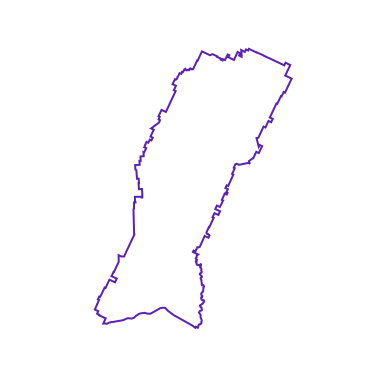 Pingelly, Western Australia, Australia (Albers equal-area conic projection), rotated 295°
{"feature_id": "25037944B83412079426782", "entity_name": "Pingelly", "entity_type": "district", "adm_level": 2, "iso_a3": "AUS", "parent_name": "Australia", "parent_adm1": "Western Australia", "projection": "albers", "projection_center": [117.054, -32.532], "detail": "fine", "context": "isolated", "style": "outline", "palette": "violet", "viewbox_px": 384, "rotation_deg": 295, "n_neighbors": 0, "source": "geoboundaries", "source_scale": "gbopen_adm2", "svg_char_len": 5691}
<svg xmlns="http://www.w3.org/2000/svg" viewBox="0 0 384 384"><g transform="rotate(295 192 192)"><path d="M36.9,170.9L37.3,171.2L38.2,171.8L38.5,172.1L39.4,173.3L40.2,173.9L40.7,175.1L46.7,183.7L47.1,184.1L49.9,186.5L50.3,186.9L50.6,187.4L51.7,190.6L52.1,191.2L53.8,192.8L56.2,193.6L59.5,195.7L62.4,199.9L63.1,203.6L64.1,205.6L64.3,205.9L73.5,212.5L74.2,213.5L75.5,216.0L75.6,216.4L75.6,216.8L74.1,220.6L72.7,227.3L71.2,248.2L70.3,252.4L71.5,252.4L71.4,254.7L71.9,254.7L72.0,254.6L72.6,254.7L72.9,254.5L73.4,254.4L73.8,254.3L74.2,254.2L75.1,254.4L75.3,254.7L75.7,255.5L76.1,255.6L76.6,255.7L76.9,255.9L77.6,255.7L78.0,255.5L78.1,255.4L79.1,255.3L79.5,255.2L80.6,254.4L81.3,253.5L82.0,252.8L82.8,252.3L83.7,252.1L84.2,251.7L84.6,251.3L84.8,250.8L85.1,250.2L85.5,249.8L85.5,249.7L85.8,249.3L85.9,249.2L87.6,249.5L87.8,249.7L88.0,250.0L88.7,250.7L89.3,250.8L89.6,250.7L89.8,250.6L90.4,249.9L90.6,249.8L91.0,249.7L91.3,249.5L91.5,249.0L91.4,248.4L91.7,247.8L92.6,247.2L92.8,247.2L93.2,247.4L93.5,247.8L93.8,247.9L94.1,248.2L94.8,248.4L95.2,248.8L95.6,248.8L95.9,249.0L96.7,249.0L97.2,249.2L98.0,249.2L98.6,248.9L98.8,248.5L98.8,248.0L98.7,247.7L98.5,247.4L98.3,247.1L98.3,246.6L98.4,246.3L98.7,246.0L99.8,245.0L100.1,244.9L100.7,244.9L100.8,245.1L100.7,245.4L100.8,245.5L101.1,245.6L101.6,245.5L102.1,245.4L102.3,245.1L102.6,244.3L102.7,244.0L103.0,243.8L103.4,243.5L103.8,243.3L104.2,243.3L104.7,243.4L105.1,243.7L105.6,243.7L106.5,244.0L107.0,243.9L107.8,243.6L108.8,243.3L110.1,242.7L110.7,242.7L111.0,242.9L111.3,242.9L111.5,242.7L112.0,242.2L112.3,241.9L112.3,241.7L111.7,240.5L111.8,240.2L113.9,239.2L115.0,238.3L116.4,237.6L116.5,237.4L117.2,236.4L117.4,236.2L117.7,236.2L118.1,236.2L118.9,236.8L119.2,236.9L119.5,236.8L119.6,236.7L119.9,236.2L120.0,235.8L120.2,235.2L120.4,234.5L120.6,234.0L121.1,233.7L121.4,233.7L121.9,233.9L122.4,234.4L122.8,234.6L123.2,234.7L123.7,234.6L123.8,234.5L124.7,233.5L126.0,233.2L126.8,232.5L126.9,232.1L126.9,231.7L127.0,231.4L127.5,231.0L128.0,231.3L128.8,231.3L129.3,231.0L129.7,231.0L130.2,230.7L130.2,230.4L130.2,230.2L129.1,229.9L128.9,229.7L128.6,229.2L128.4,228.9L128.5,228.6L128.3,228.1L128.3,227.9L128.2,227.6L128.2,227.4L128.3,226.9L128.5,226.8L129.5,226.2L129.6,225.9L129.9,225.5L130.4,225.0L130.6,224.9L130.8,224.7L131.1,224.7L131.3,224.8L131.5,225.0L131.5,225.3L131.9,225.2L132.6,225.2L132.8,224.4L133.1,223.7L133.5,223.4L133.9,223.5L134.3,223.8L134.6,223.8L134.8,223.8L135.8,223.3L136.3,223.2L136.7,223.3L136.9,223.5L137.2,223.7L137.6,223.8L138.0,224.0L138.0,218.2L139.5,218.2L139.5,220.2L144.2,220.2L144.4,220.9L144.6,221.2L144.8,221.6L145.4,222.2L151.7,222.2L157.5,222.0L157.5,226.2L160.1,226.2L160.2,225.9L160.6,225.0L160.5,224.4L160.7,223.9L160.4,223.5L160.4,223.3L160.7,222.7L161.3,222.2L167.4,222.1L167.4,222.6L177.8,222.6L177.8,221.3L182.3,221.3L182.3,225.6L186.4,225.6L186.4,220.3L190.2,220.3L190.2,223.6L197.4,223.8L197.4,222.4L199.7,222.4L204.4,222.3L204.4,224.6L206.2,224.6L206.2,223.2L209.7,223.3L209.7,220.6L212.7,220.6L212.7,222.2L216.6,222.2L225.3,222.1L225.3,220.7L231.6,220.7L231.6,219.6L235.4,219.6L236.5,220.5L236.5,223.1L242.1,230.6L242.1,232.0L242.3,232.1L244.1,230.6L248.5,232.9L248.5,233.2L252.7,233.3L252.7,233.2L255.6,233.3L255.5,236.1L263.2,236.2L263.2,233.4L261.2,233.4L268.1,227.7L269.2,229.2L281.5,229.2L281.5,231.3L288.7,231.3L288.6,234.2L292.4,234.3L292.4,231.0L295.4,231.1L307.9,231.1L307.9,232.0L316.5,232.1L316.5,232.8L321.4,232.8L321.3,234.3L336.9,234.4L336.9,227.3L348.6,227.4L348.7,222.1L345.8,222.1L345.9,207.5L345.8,200.1L346.0,200.1L346.0,197.0L345.9,191.6L345.7,191.6L345.8,183.1L344.0,183.1L344.0,180.7L341.3,180.7L341.4,176.6L337.2,179.1L335.5,179.8L335.6,177.0L338.1,177.0L338.2,174.2L329.4,174.2L329.5,168.0L331.7,168.0L331.7,166.2L325.5,166.2L325.5,164.1L324.1,164.1L324.1,162.1L325.1,162.1L325.0,157.8L325.6,157.8L325.6,152.5L325.4,152.2L324.7,151.4L323.8,150.9L323.7,150.8L323.6,150.4L323.6,141.6L313.3,141.6L313.3,141.1L303.8,141.1L303.6,141.0L303.6,140.6L303.5,140.3L303.1,139.9L303.3,139.5L303.3,138.2L302.9,137.8L302.1,137.9L301.8,137.9L301.6,138.1L301.2,138.0L301.1,137.9L301.1,137.7L301.3,137.3L301.1,137.1L301.1,136.8L301.0,136.7L300.8,136.6L300.7,136.4L300.2,136.2L299.9,135.7L299.9,135.4L300.1,134.5L300.3,134.3L300.6,134.3L300.8,134.0L300.3,133.8L300.1,133.3L300.0,133.2L298.9,133.4L298.4,133.1L298.0,133.1L297.7,133.3L297.3,133.3L297.2,133.3L296.7,132.5L296.4,132.6L296.4,132.1L295.9,132.2L294.4,132.2L294.4,130.5L290.3,130.5L290.0,130.2L289.8,130.2L289.7,130.2L289.4,130.5L288.4,130.5L287.8,130.4L287.3,130.1L287.1,130.0L286.8,129.7L286.8,129.1L286.9,128.9L281.5,128.8L281.5,132.6L276.6,132.5L276.6,134.5L253.5,134.5L253.5,129.7L246.4,129.7L246.4,131.0L243.6,131.0L243.6,132.7L240.9,132.7L239.8,132.1L232.3,128.1L232.3,131.0L224.7,131.0L224.7,133.4L221.6,133.4L221.6,131.6L218.2,131.6L218.2,129.6L215.2,129.6L215.2,129.8L212.4,129.8L212.4,132.0L207.7,131.9L207.7,131.1L204.0,133.1L202.5,130.3L198.5,132.3L198.0,131.2L194.6,133.1L192.4,129.1L188.5,131.2L188.2,132.4L187.1,133.0L182.3,135.7L180.8,136.5L181.6,138.0L177.7,140.2L177.5,139.8L172.1,142.7L173.6,145.4L170.1,147.3L168.5,148.2L168.4,148.1L166.1,149.3L165.7,148.6L166.3,148.2L163.5,142.3L158.8,144.6L159.0,145.0L158.6,145.2L158.0,143.9L152.5,146.5L152.1,146.3L151.3,146.4L131.9,156.1L130.8,156.6L129.2,157.4L129.2,157.7L105.5,157.7L105.0,157.9L103.7,155.2L103.7,152.2L97.7,155.1L86.7,155.1L86.7,154.7L81.7,154.7L81.7,160.4L77.6,160.4L77.6,154.2L68.4,154.2L68.4,153.2L60.8,153.2L58.0,153.0L58.0,152.1L55.0,152.1L54.9,153.4L50.8,153.4L50.8,153.5L44.4,153.6L44.4,157.4L41.6,157.4L41.6,159.7L41.0,159.7L41.0,167.2L35.3,167.2L36.0,168.5L36.4,169.9L36.5,170.4L36.9,170.9Z" fill="none" stroke="#5b21b6" stroke-width="2"/></g></svg>